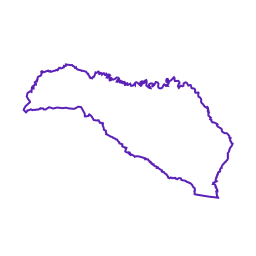 the district of Kralanh, Siemréab, Cambodia, rotated 98°
{"feature_id": "14789045B14092242539630", "entity_name": "Kralanh", "entity_type": "district", "adm_level": 2, "iso_a3": "KHM", "parent_name": "Cambodia", "parent_adm1": "Siemréab", "projection": "albers", "projection_center": [103.469, 13.548], "detail": "fine", "context": "isolated", "style": "outline", "palette": "violet", "viewbox_px": 256, "rotation_deg": 98, "n_neighbors": 0, "source": "geoboundaries", "source_scale": "gbopen_adm2", "svg_char_len": 5700}
<svg xmlns="http://www.w3.org/2000/svg" viewBox="0 0 256 256"><g transform="rotate(98 128 128)"><path d="M79.9,69.8L79.6,70.6L76.8,71.9L76.7,72.3L77.6,74.2L75.6,75.6L75.0,76.5L74.8,77.5L76.1,79.1L78.5,79.0L79.1,79.9L78.8,81.9L81.2,83.2L79.5,84.4L77.2,83.9L76.5,83.3L75.4,83.5L74.3,84.8L75.0,88.1L73.2,88.8L72.1,88.8L71.3,89.6L74.4,91.7L75.9,93.4L75.9,94.5L73.9,95.5L74.0,96.4L75.4,96.8L77.0,96.3L77.2,94.1L77.5,93.9L78.6,94.1L79.6,95.4L80.8,94.4L81.1,96.4L79.7,98.1L80.0,98.6L83.3,99.7L84.2,101.0L84.2,102.8L83.1,103.9L79.9,104.0L78.9,104.9L78.5,106.6L78.7,107.0L81.5,107.8L83.3,109.3L83.0,109.8L81.0,109.4L80.7,109.6L80.6,111.4L81.3,112.8L82.5,113.3L83.2,113.1L84.7,111.4L85.4,111.1L85.3,112.6L83.4,115.8L79.9,115.9L78.6,116.2L78.0,116.6L78.6,117.6L79.5,118.0L80.4,117.6L81.1,118.2L81.2,118.5L80.0,119.3L79.7,119.8L80.1,120.3L81.8,119.9L81.8,120.5L80.2,121.2L80.8,122.0L81.6,122.1L82.7,120.6L83.3,120.4L84.2,120.7L84.5,121.3L82.3,124.3L81.5,126.1L81.8,126.8L82.4,127.2L84.6,127.0L83.8,128.0L85.3,129.1L85.9,130.7L83.8,132.0L85.4,134.1L85.4,134.5L83.8,135.0L84.0,135.5L85.4,136.1L85.8,137.1L84.6,137.7L83.3,137.4L82.8,138.0L83.0,138.7L84.3,139.6L84.3,140.0L84.0,140.4L83.1,140.1L82.6,140.5L82.5,141.5L84.0,141.9L84.0,142.3L82.6,142.2L82.0,142.6L81.8,143.1L83.8,144.7L83.7,145.7L82.0,145.1L81.0,143.8L80.2,143.8L79.5,144.9L79.6,146.3L81.4,148.0L82.2,149.6L82.0,150.6L81.0,151.1L80.9,151.5L81.6,151.8L83.0,151.6L83.5,152.5L82.9,153.1L81.2,152.6L80.5,152.9L80.3,153.5L81.1,155.2L81.0,156.1L79.7,155.5L78.6,153.3L78.4,153.1L77.8,153.7L77.7,154.7L78.4,156.1L77.5,157.0L78.7,157.3L78.8,158.1L77.1,159.5L78.7,161.1L77.5,161.4L77.2,163.1L77.4,163.4L78.4,163.4L78.6,164.0L76.7,164.6L76.2,165.2L77.8,166.9L77.5,167.9L80.8,168.4L82.2,169.0L82.0,169.5L82.3,169.8L83.9,170.5L83.6,171.3L83.8,172.3L83.2,173.0L82.5,172.9L80.8,174.8L79.8,174.9L79.6,176.0L78.1,177.3L77.6,180.9L77.9,181.9L77.5,182.3L77.1,186.2L76.1,187.6L75.3,187.9L75.9,188.4L75.9,188.8L75.2,189.2L74.4,190.3L74.4,191.0L73.4,192.1L73.7,193.2L73.7,198.1L74.4,197.8L75.1,198.2L75.3,200.0L76.3,199.7L77.0,200.1L77.1,200.9L77.6,201.1L78.3,202.6L77.8,203.4L78.0,204.6L79.9,205.2L79.9,205.8L80.7,206.1L80.5,207.2L81.3,208.0L81.8,209.6L83.1,212.1L83.1,212.6L82.6,212.9L83.0,213.4L83.0,213.8L82.6,213.8L82.8,214.4L82.7,215.3L82.4,215.4L84.2,218.5L84.4,219.5L84.0,219.9L83.8,221.4L84.5,221.8L85.5,220.8L86.1,221.3L87.6,221.3L88.4,221.8L89.9,224.3L91.8,224.6L92.4,224.3L93.4,225.0L93.9,224.5L94.3,224.6L94.2,225.0L95.7,226.7L96.0,226.6L96.6,225.4L97.9,225.2L97.9,226.2L99.9,228.0L100.7,227.1L102.1,227.0L102.0,227.6L100.9,228.2L101.0,228.7L101.4,228.8L105.7,228.6L105.3,230.1L107.3,232.3L110.9,232.7L113.5,230.7L115.3,228.8L116.1,228.7L120.5,232.4L123.4,233.6L124.7,233.8L126.7,231.2L124.9,229.9L124.6,230.0L124.0,228.3L123.0,226.8L123.7,225.3L123.0,223.7L123.0,221.9L122.5,221.4L122.1,219.0L121.4,218.4L121.3,217.8L120.6,217.5L120.8,216.8L120.4,215.0L120.6,214.5L121.3,214.1L121.2,212.3L118.4,209.0L119.1,204.8L117.6,201.0L117.5,195.8L116.5,191.9L116.8,189.8L116.6,184.3L116.1,183.2L113.8,180.2L113.9,177.3L119.8,172.9L122.5,172.3L122.3,171.0L121.5,168.8L120.1,168.5L119.9,168.0L121.5,165.7L124.9,163.0L124.9,159.8L124.4,158.2L126.7,156.7L126.4,155.7L127.2,154.4L126.6,153.8L126.8,153.4L129.0,153.4L131.2,152.1L133.1,151.6L133.8,149.5L135.3,149.4L136.0,148.7L137.1,148.9L138.4,144.9L138.8,144.5L139.2,142.1L139.9,141.2L140.3,139.2L141.0,138.3L140.9,137.3L142.9,135.5L143.2,134.7L144.4,134.4L144.9,131.3L146.9,131.2L147.5,129.5L147.8,127.0L148.6,127.4L148.9,126.9L150.9,127.5L151.6,127.4L152.1,126.5L152.4,125.0L151.9,123.9L152.0,123.0L152.8,122.4L153.5,123.1L154.1,122.2L154.4,121.7L153.9,121.2L154.1,120.7L153.9,120.4L154.5,118.7L155.6,117.3L154.9,116.4L154.6,113.4L155.4,107.9L156.5,106.8L155.7,106.3L156.4,105.1L156.3,103.8L157.4,103.0L157.6,102.1L158.6,101.8L159.1,100.9L158.7,100.5L159.6,99.5L160.0,99.6L160.3,98.1L160.7,98.5L162.1,95.9L162.1,95.0L162.7,94.3L162.6,93.6L163.6,93.8L163.4,92.4L164.1,91.5L165.1,88.9L165.3,88.4L166.4,88.5L166.7,88.0L166.6,86.4L167.7,85.5L168.6,83.3L169.3,83.1L170.5,81.5L171.5,81.4L172.0,79.8L171.1,78.8L171.3,78.5L171.2,77.5L171.6,77.1L170.8,74.4L171.6,73.8L171.4,72.9L171.9,72.2L170.7,70.9L170.4,69.6L170.6,68.6L172.1,67.8L172.2,64.4L172.8,62.5L173.3,62.1L173.4,60.2L174.0,59.6L173.9,58.7L175.2,56.8L177.3,55.3L178.3,53.6L180.4,53.0L181.4,53.5L181.9,53.1L184.1,52.9L184.4,52.3L184.7,38.5L184.5,29.1L183.9,29.4L183.7,30.2L183.0,30.5L181.9,30.5L180.6,31.2L179.3,31.2L178.8,31.8L178.4,31.7L178.7,31.1L178.5,30.6L177.0,30.9L175.3,32.0L174.9,32.8L174.0,33.1L173.7,32.8L173.2,33.4L172.1,33.7L171.4,35.2L171.6,36.0L171.0,35.8L170.4,36.0L168.4,32.7L167.3,34.1L165.5,33.6L165.1,33.8L164.6,33.3L163.6,33.5L162.5,32.9L162.1,33.2L161.4,32.9L160.9,32.4L160.1,32.7L159.0,32.2L158.6,31.2L158.3,31.4L157.9,30.8L155.9,31.0L154.1,30.0L154.2,29.7L152.9,29.8L150.8,28.9L149.4,27.7L148.7,27.6L147.6,26.3L146.7,26.1L145.8,25.2L144.0,24.8L143.2,25.1L142.3,25.0L141.8,25.4L140.8,25.1L139.4,25.8L137.7,24.9L135.4,24.4L135.1,24.6L133.0,23.9L131.5,22.9L129.0,22.2L128.4,23.5L127.2,23.9L126.8,24.7L124.9,25.4L123.7,25.0L123.4,26.4L122.3,26.3L121.9,26.5L119.5,29.2L119.6,31.8L118.6,34.1L117.2,34.9L116.2,35.0L115.6,35.6L114.1,39.4L112.9,40.4L112.0,39.8L111.3,40.8L110.5,43.9L110.7,45.2L109.3,46.5L108.4,46.5L107.9,47.9L107.0,47.6L106.4,48.0L106.1,47.6L104.5,50.1L102.2,50.4L101.5,50.0L101.1,50.7L100.6,50.4L100.0,50.6L100.4,51.1L100.1,51.4L98.6,51.2L97.4,52.2L97.3,51.6L96.7,51.7L96.1,52.6L96.8,53.3L96.7,53.7L96.0,55.3L94.1,56.9L93.0,58.5L91.9,59.3L90.0,59.4L88.9,59.8L87.7,61.0L87.2,62.5L86.6,62.8L84.6,63.2L83.4,63.0L83.1,63.4L83.7,66.0L83.2,66.6L80.9,66.8L79.9,67.6L79.6,68.9L79.9,69.8Z" fill="none" stroke="#5b21b6" stroke-width="2"/></g></svg>